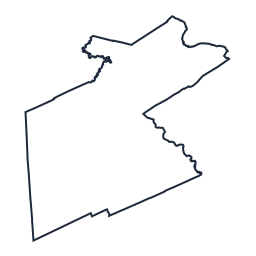 Produlesti, Dâmbovita, Romania, rotated 179°
{"feature_id": "2599482B81885258271569", "entity_name": "Produlesti", "entity_type": "district", "adm_level": 2, "iso_a3": "ROU", "parent_name": "Romania", "parent_adm1": "Dâmbovita", "projection": "equal_earth", "projection_center": [25.495, 44.702], "detail": "fine", "context": "isolated", "style": "outline", "palette": "slate", "viewbox_px": 256, "rotation_deg": 179, "n_neighbors": 0, "source": "geoboundaries", "source_scale": "gbopen_adm2", "svg_char_len": 5805}
<svg xmlns="http://www.w3.org/2000/svg" viewBox="0 0 256 256"><g transform="rotate(179 128 128)"><path d="M141.1,215.2L161.3,220.7L163.9,218.9L163.9,218.6L163.4,217.9L163.4,216.3L163.6,216.0L164.9,215.8L165.2,215.0L165.4,214.8L165.3,214.5L164.7,214.0L164.7,213.5L164.8,213.3L166.0,213.2L166.5,213.3L166.8,213.1L167.1,212.6L167.4,212.4L169.0,211.8L169.1,210.9L168.9,210.6L168.6,210.0L168.9,209.3L169.2,209.2L169.6,209.5L169.9,209.4L170.4,209.2L170.8,209.3L171.2,209.3L172.2,208.7L172.3,208.2L172.2,208.0L171.0,207.9L170.4,207.3L170.4,207.1L170.7,207.1L170.7,206.9L170.9,206.9L171.0,206.5L171.8,205.8L171.8,205.4L171.6,205.0L171.0,204.7L170.8,204.8L170.5,205.6L169.9,205.8L169.8,206.0L169.7,206.1L169.2,205.8L169.4,205.5L169.4,205.1L169.1,204.7L168.6,204.4L168.4,204.0L167.8,204.4L167.5,204.4L167.1,203.7L166.9,203.7L166.7,203.3L166.4,203.1L165.9,203.5L165.4,203.4L164.7,202.9L164.2,202.6L164.4,202.0L164.6,201.9L165.0,202.0L166.1,201.4L166.0,200.3L165.8,199.9L165.8,199.2L165.6,199.0L164.7,198.6L164.4,198.7L163.7,199.7L163.3,200.1L162.9,200.1L162.8,200.4L162.5,200.5L162.0,200.5L161.5,200.2L161.0,199.7L160.3,199.8L160.2,199.2L159.8,199.0L158.6,199.4L158.3,200.1L157.5,200.8L157.3,200.8L155.7,200.1L155.1,200.2L154.5,200.2L154.3,199.7L153.8,199.4L153.4,200.1L153.0,200.3L152.6,200.2L152.1,200.3L151.6,200.0L151.4,199.3L151.6,199.1L151.4,198.5L151.1,198.3L151.1,197.8L150.9,197.8L150.1,198.1L149.8,197.5L149.6,197.3L149.2,197.3L148.4,198.1L148.4,198.4L148.3,198.7L147.8,198.7L147.7,198.9L146.9,199.0L146.7,199.2L146.4,199.3L145.8,199.3L145.6,199.1L145.7,198.6L146.2,198.3L146.6,198.4L146.8,198.2L146.9,197.9L146.7,197.5L146.8,197.2L146.7,196.9L145.5,197.0L145.0,196.8L144.7,196.5L144.7,195.8L144.8,195.6L144.7,195.5L144.3,195.3L143.7,194.5L143.6,193.9L143.9,193.7L144.2,193.6L145.1,194.0L145.4,194.9L146.6,195.5L147.0,195.5L147.6,195.3L148.1,195.6L148.4,195.5L148.6,195.3L148.9,194.6L149.7,194.8L149.9,195.2L150.1,195.3L150.7,195.1L151.2,194.5L151.3,194.1L151.6,193.9L151.9,193.3L151.7,191.9L152.6,191.2L152.9,190.7L152.7,190.1L152.7,189.8L153.0,189.6L153.6,188.3L154.1,188.1L154.5,188.1L154.9,187.7L155.5,187.6L155.8,187.2L156.0,186.6L155.9,186.4L155.7,186.3L155.2,186.6L155.0,186.1L154.8,185.6L155.0,185.3L155.6,185.5L155.9,185.1L156.1,185.2L156.4,185.0L156.5,184.8L156.3,184.0L156.7,183.6L157.8,183.2L157.9,182.9L157.7,182.5L157.3,182.3L157.1,181.5L157.3,181.4L158.6,181.3L158.9,180.9L158.8,180.5L158.5,180.1L158.8,179.7L158.8,179.4L160.2,179.4L160.4,179.3L160.5,179.2L160.3,178.4L160.3,178.0L160.1,177.7L160.4,176.6L160.8,176.0L161.4,175.4L162.7,176.0L163.3,175.0L163.8,174.6L164.2,174.6L164.5,174.2L165.4,174.2L166.3,174.6L174.7,171.1L181.5,168.2L186.9,165.9L197.1,161.2L201.5,159.0L201.6,158.9L201.4,158.2L201.6,158.1L204.8,156.5L217.7,150.9L230.2,145.7L229.6,126.5L229.1,107.1L228.9,97.0L228.1,85.9L227.0,62.5L225.5,38.9L225.5,35.8L225.3,33.6L224.5,17.1L166.7,43.5L165.6,40.3L150.5,47.1L149.9,46.0L149.8,44.6L148.6,43.3L148.4,42.9L148.2,41.4L148.4,40.5L116.4,53.8L108.8,57.1L106.3,57.9L96.4,62.1L92.1,64.0L92.0,64.5L75.9,71.2L62.0,77.3L58.3,78.7L55.8,80.1L56.6,81.1L56.4,81.4L55.5,81.8L55.8,82.3L57.4,82.1L57.6,82.4L57.6,82.8L58.2,82.9L58.4,82.4L58.6,82.3L58.8,82.8L59.3,83.3L59.5,82.9L59.7,83.0L60.0,83.7L61.0,84.7L61.5,85.7L61.7,86.2L61.5,86.8L61.9,87.0L62.4,88.2L62.2,88.5L61.9,88.5L62.0,88.9L61.2,89.5L61.5,90.4L61.9,90.3L61.9,90.5L61.3,91.1L61.0,92.1L61.5,93.1L61.2,93.4L61.9,94.1L63.2,93.9L63.6,93.6L64.3,93.7L64.3,93.9L64.1,94.1L64.6,94.3L65.0,94.0L65.4,93.8L66.1,94.9L66.2,95.5L65.2,96.6L65.0,97.3L65.1,97.9L66.1,98.8L66.7,99.0L66.9,99.3L67.4,99.5L68.4,99.3L69.5,98.8L70.0,99.0L70.7,99.9L71.9,100.9L72.6,102.4L73.3,105.2L73.1,106.0L73.4,107.3L72.8,108.4L72.8,109.3L73.4,110.3L76.6,110.6L77.1,110.0L78.9,109.7L79.6,109.2L80.4,109.7L81.3,110.7L81.7,112.1L82.9,113.1L84.2,113.5L86.4,113.3L87.2,113.5L87.5,114.2L88.8,114.9L92.3,116.7L92.7,117.4L92.9,118.9L92.8,121.0L91.5,123.1L91.2,123.2L91.1,123.5L92.3,126.0L93.2,127.5L94.1,127.7L95.1,127.5L97.6,128.0L98.9,127.7L99.9,128.2L100.5,128.8L100.2,130.4L100.4,131.1L100.8,131.8L101.6,132.2L102.4,134.1L102.4,134.7L102.1,135.6L102.9,136.4L104.3,136.5L106.1,137.5L106.8,137.4L108.7,138.2L112.4,141.8L110.8,143.1L100.4,149.8L88.9,155.7L83.5,159.2L80.7,160.9L76.7,163.0L75.7,163.5L74.7,164.5L73.6,165.3L71.3,166.5L70.9,166.2L66.5,168.6L66.0,168.0L63.9,168.3L61.8,169.4L57.8,172.7L55.3,175.6L52.6,178.5L48.0,181.3L37.2,187.6L25.8,195.2L26.2,195.8L26.6,196.3L26.9,196.4L27.8,196.2L28.7,196.3L30.7,198.4L29.5,200.1L28.6,201.8L27.7,202.8L26.9,203.1L27.7,204.3L28.3,204.7L28.8,205.3L28.9,205.6L28.9,206.1L29.3,206.5L29.5,206.8L30.0,207.1L30.1,207.4L30.4,207.6L32.4,207.9L33.5,208.3L34.3,208.6L35.6,208.5L36.4,208.5L36.8,208.2L38.3,208.3L38.9,208.5L39.5,208.9L41.0,209.4L41.6,209.5L42.1,209.4L42.7,210.0L43.6,209.9L44.9,210.7L48.3,211.1L50.5,211.2L51.3,211.5L51.7,211.3L54.1,211.3L55.2,210.9L55.5,211.0L56.4,210.5L56.9,210.4L57.6,210.1L57.8,209.9L58.4,209.7L58.8,209.4L61.0,208.5L61.2,208.2L62.2,208.5L63.1,208.1L63.9,208.1L64.4,207.8L64.7,207.8L65.0,208.2L65.4,208.0L65.6,208.0L66.2,207.8L66.7,208.2L66.7,209.1L67.1,209.2L67.9,209.0L69.1,209.5L69.3,209.8L69.4,210.4L69.6,210.5L70.5,210.3L70.8,210.6L70.8,211.9L70.8,212.2L71.1,212.3L71.5,212.2L71.6,212.3L71.5,212.6L70.9,213.3L71.5,214.0L72.0,215.0L72.0,215.3L72.3,215.9L72.4,216.6L71.9,217.3L71.8,218.8L71.5,219.9L71.1,220.4L70.4,221.6L69.8,222.4L68.9,224.3L67.9,224.8L67.3,226.0L67.8,226.7L67.8,227.4L68.4,227.9L68.3,228.5L68.5,228.7L68.9,230.4L69.4,231.6L69.4,231.9L70.3,233.0L71.9,234.0L72.6,234.2L72.9,234.6L73.9,234.5L74.4,235.1L75.0,235.3L75.2,235.7L76.8,236.4L77.8,236.5L78.7,236.9L79.8,237.6L80.1,238.2L81.9,238.9L85.2,236.1L85.9,235.4L86.9,233.7L87.2,233.9L87.8,233.0L97.0,227.4L121.7,212.0L122.9,211.0L131.7,213.4L141.0,215.6L141.1,215.2Z" fill="none" stroke="#1e293b" stroke-width="2"/></g></svg>